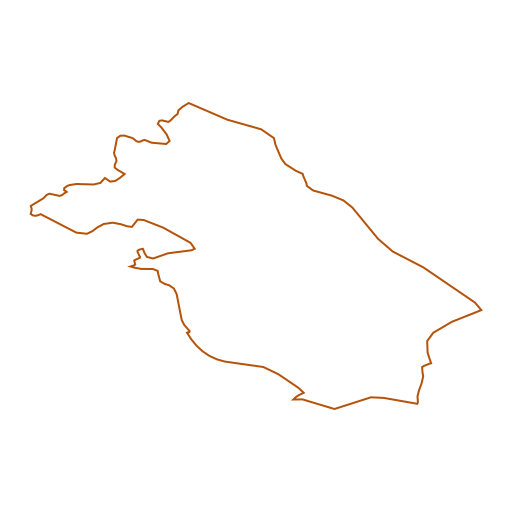 Central Ostrobothnia, Robinson projection
{"feature_id": "FIN-3181", "entity_name": "Central Ostrobothnia", "entity_type": "Province", "adm_level": 1, "iso_a3": "FIN", "parent_name": "Finland", "parent_adm1": "", "projection": "robinson", "projection_center": [23.72, 63.644], "detail": "fine", "context": "isolated", "style": "outline", "palette": "amber", "viewbox_px": 512, "rotation_deg": 0, "n_neighbors": 0, "source": "natural_earth", "source_scale": "10m", "svg_char_len": 2140}
<svg xmlns="http://www.w3.org/2000/svg" viewBox="0 0 512 512"><path d="M30.7,214.0L31.6,210.2L31.6,208.6L30.8,205.9L43.4,198.3L46.7,194.9L49.4,193.7L59.6,195.9L62.1,195.1L64.3,193.3L66.7,191.9L66.2,191.5L64.1,190.1L64.2,188.2L67.1,186.0L69.8,185.0L76.5,184.0L93.6,184.5L100.5,182.9L104.9,178.0L110.2,181.6L115.1,181.0L119.8,178.0L124.6,174.0L117.8,170.0L114.7,167.6L114.7,164.9L116.5,161.1L116.0,158.2L114.7,155.7L114.0,152.8L114.5,151.1L117.1,138.0L120.4,135.7L124.5,135.6L132.2,138.0L133.6,138.8L136.1,141.0L138.2,141.8L140.5,141.6L142.5,140.5L144.6,139.9L151.6,142.7L166.2,144.0L169.6,141.0L166.5,134.2L161.2,127.3L157.8,123.9L159.4,120.8L162.0,120.4L168.4,121.9L170.1,120.8L175.1,115.8L177.5,114.1L178.5,110.2L182.7,106.7L188.1,103.4L188.6,103.0L227.3,119.7L261.2,129.3L273.9,138.1L275.6,145.1L281.3,158.5L285.3,164.0L296.0,170.9L302.6,173.8L303.3,176.1L306.4,183.3L306.9,185.9L313.2,190.5L332.0,195.7L343.4,200.4L352.3,207.5L378.1,238.9L392.7,251.5L423.4,267.4L475.0,302.6L481.3,310.1L451.9,321.8L433.3,332.7L427.2,341.0L427.6,352.8L431.1,363.3L429.6,363.7L424.0,365.9L422.1,367.1L422.5,372.4L423.2,376.2L421.7,383.0L418.8,391.0L417.5,396.4L417.9,402.2L417.3,403.8L383.7,397.9L371.0,397.3L334.4,409.0L302.5,399.4L293.4,399.5L295.9,397.1L298.9,395.1L303.7,392.8L298.5,387.9L278.5,374.3L263.3,367.0L225.0,361.6L216.8,359.3L209.2,355.8L202.6,351.3L196.7,345.9L191.5,339.6L187.0,332.7L187.9,332.3L188.8,332.4L189.4,332.1L189.6,331.1L184.3,325.0L181.7,320.0L176.7,294.3L173.9,288.5L169.0,285.2L164.8,284.0L160.2,281.3L158.0,273.1L157.7,270.9L152.9,269.0L141.2,268.9L134.5,267.7L130.5,266.5L134.4,265.2L135.2,264.5L134.9,263.6L134.7,262.4L134.5,261.5L134.2,260.8L134.7,260.0L135.7,259.7L138.8,258.2L139.7,257.9L140.1,257.0L139.6,256.2L137.9,252.6L137.5,251.7L137.6,250.6L139.3,249.7L142.0,248.9L142.9,248.8L144.6,253.2L146.9,256.9L153.1,258.5L168.0,253.3L191.3,250.3L194.7,248.8L190.6,242.9L163.1,227.6L143.7,220.0L137.7,219.6L131.9,226.9L127.3,226.3L120.4,224.1L112.6,222.7L103.7,224.0L97.4,227.4L92.3,231.2L86.9,233.8L76.3,232.6L40.7,214.2L37.6,215.4L35.0,215.8L32.7,215.3L30.7,214.0Z" fill="none" stroke="#b45309" stroke-width="2"/></svg>